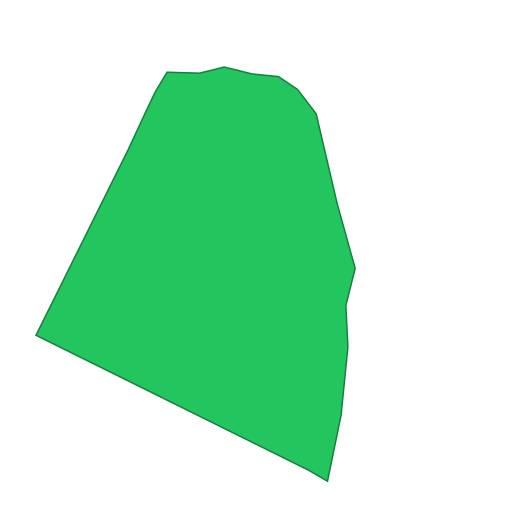 the district of Marshall, Kentucky, United States of America, rotated 26°
{"feature_id": "52423323B97472701360775", "entity_name": "Marshall", "entity_type": "district", "adm_level": 2, "iso_a3": "USA", "parent_name": "United States of America", "parent_adm1": "Kentucky", "projection": "natural_earth1", "projection_center": [-88.333, 36.906], "detail": "fine", "context": "isolated", "style": "filled", "palette": "green", "viewbox_px": 512, "rotation_deg": 26, "n_neighbors": 0, "source": "geoboundaries", "source_scale": "gbopen_adm2", "svg_char_len": 389}
<svg xmlns="http://www.w3.org/2000/svg" viewBox="0 0 512 512"><g transform="rotate(26 256 256)"><path d="M94.5,216.7L93.0,423.7L397.0,425.5L419.0,427.1L402.3,361.9L378.5,297.5L358.5,261.2L350.6,223.7L306.3,173.7L247.7,101.8L220.3,88.1L197.5,84.9L173.0,94.0L144.6,100.1L125.1,116.4L95.5,129.8L93.5,152.9L93.7,174.6L94.5,216.7Z" fill="#22c55e" stroke="#15803d" stroke-width="1.5"/></g></svg>